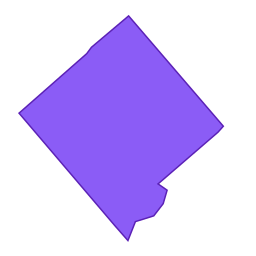 Johnson, Illinois, United States of America (Mercator projection), rotated 319°
{"feature_id": "52423323B78964381261335", "entity_name": "Johnson", "entity_type": "district", "adm_level": 2, "iso_a3": "USA", "parent_name": "United States of America", "parent_adm1": "Illinois", "projection": "mercator", "projection_center": [-88.906, 37.447], "detail": "fine", "context": "isolated", "style": "filled", "palette": "violet", "viewbox_px": 256, "rotation_deg": 319, "n_neighbors": 0, "source": "geoboundaries", "source_scale": "gbopen_adm2", "svg_char_len": 328}
<svg xmlns="http://www.w3.org/2000/svg" viewBox="0 0 256 256"><g transform="rotate(319 128 128)"><path d="M55.5,45.3L54.0,193.2L54.1,212.9L72.2,203.5L89.8,211.2L104.9,208.2L116.7,200.6L114.0,189.9L193.2,190.2L201.1,189.2L202.0,43.8L153.4,43.1L145.6,44.8L55.5,45.3Z" fill="#8b5cf6" stroke="#5b21b6" stroke-width="1.5"/></g></svg>